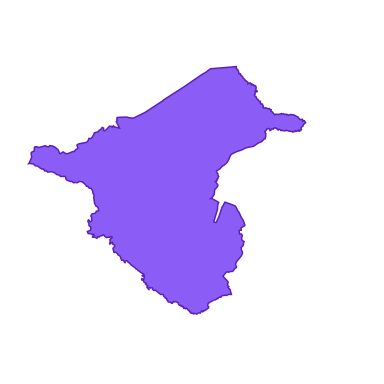 Mulanje, Mulanje, Malawi, rotated 63°
{"feature_id": "42251766B75579143939980", "entity_name": "Mulanje", "entity_type": "district", "adm_level": 2, "iso_a3": "MWI", "parent_name": "Malawi", "parent_adm1": "Mulanje", "projection": "mercator", "projection_center": [35.53, -15.905], "detail": "fine", "context": "isolated", "style": "filled", "palette": "violet", "viewbox_px": 384, "rotation_deg": 63, "n_neighbors": 0, "source": "geoboundaries", "source_scale": "gbopen_adm2", "svg_char_len": 5987}
<svg xmlns="http://www.w3.org/2000/svg" viewBox="0 0 384 384"><g transform="rotate(63 192 192)"><path d="M95.0,227.6L102.1,227.6L99.2,231.2L97.3,232.1L98.3,233.4L96.9,234.0L95.9,235.7L97.6,240.3L97.8,241.5L97.4,242.6L96.7,242.7L95.0,241.7L93.7,242.7L94.8,244.8L95.0,246.8L95.7,248.6L94.9,252.0L96.4,253.7L98.2,256.8L98.4,257.9L97.4,259.6L99.1,261.2L99.9,263.3L97.8,270.6L97.7,272.7L98.1,273.3L100.9,273.7L101.5,274.6L101.5,276.6L102.4,278.4L101.8,280.2L101.5,284.9L100.6,287.0L97.8,288.6L98.0,292.1L96.9,292.5L94.6,292.1L93.0,292.3L89.6,293.9L87.8,295.3L86.1,297.6L86.6,299.6L84.1,301.9L82.8,308.3L81.0,309.9L80.4,311.4L81.2,312.6L83.8,313.8L83.7,316.6L84.2,317.7L88.2,319.0L92.1,323.7L92.6,324.7L93.2,323.1L95.1,320.5L97.4,319.8L99.1,317.6L102.4,316.1L103.4,315.3L103.9,313.8L106.3,313.8L107.2,312.1L108.8,311.5L110.2,307.8L112.3,305.9L115.2,304.5L116.3,302.9L118.5,302.0L120.5,298.0L121.3,297.8L123.2,298.4L124.3,298.3L127.3,295.7L128.0,294.3L130.1,293.2L130.7,291.3L131.7,290.0L131.5,287.5L132.9,285.3L136.6,283.7L139.0,283.4L139.6,282.4L141.9,281.8L143.0,280.2L145.8,280.1L148.0,280.8L150.7,280.8L151.9,281.9L157.6,283.9L160.9,284.0L161.4,283.4L163.4,282.8L165.8,283.5L166.3,284.0L165.7,286.0L166.7,287.2L166.9,288.4L166.1,290.9L167.3,293.0L168.6,292.7L169.5,293.4L171.8,294.1L172.3,294.7L172.2,296.2L169.9,296.8L170.1,297.5L171.1,298.2L173.0,298.0L174.8,298.9L175.6,298.9L176.9,298.1L178.8,298.8L180.0,299.8L179.7,303.2L181.6,303.4L182.2,303.0L183.1,301.3L184.5,300.5L185.2,298.7L186.0,298.7L186.4,300.6L187.0,301.1L188.5,298.7L189.9,297.9L190.0,297.5L188.9,296.4L190.0,295.4L189.6,293.5L190.1,292.0L189.9,290.4L190.1,290.1L192.1,289.8L193.6,289.0L195.0,285.7L194.7,284.5L195.5,283.7L196.3,283.8L197.1,286.7L199.3,287.6L200.7,288.9L201.1,288.8L201.2,288.0L200.4,286.6L200.6,285.9L202.9,286.2L203.7,285.3L204.6,285.1L205.3,285.4L206.3,288.0L210.1,288.9L210.5,288.8L211.4,287.0L212.9,286.5L214.5,286.5L215.7,285.5L218.0,285.1L219.0,285.7L220.9,285.6L221.7,283.9L224.2,284.1L224.6,283.8L224.4,283.5L223.3,283.2L223.2,282.8L223.9,280.9L225.9,280.8L226.8,280.0L229.5,279.3L233.1,277.4L235.4,276.7L236.3,275.9L237.8,275.7L238.6,274.8L240.1,274.5L243.1,272.3L243.5,272.5L244.0,274.4L245.1,273.8L245.2,272.6L247.8,274.4L248.0,274.8L246.4,275.9L247.2,276.7L247.9,276.5L248.6,275.1L249.6,275.7L251.2,275.5L252.3,274.3L252.6,274.2L253.3,275.2L255.3,274.0L256.2,275.4L258.9,274.9L259.3,274.7L259.0,274.4L257.9,274.1L257.5,273.5L258.7,272.5L259.1,271.1L260.0,270.8L260.6,271.3L262.2,270.9L263.0,269.2L269.0,266.5L270.4,264.1L272.4,264.5L273.4,263.8L274.4,264.0L274.7,263.3L275.3,263.0L276.5,263.4L279.2,263.0L280.4,261.3L282.0,260.6L282.2,259.8L281.3,259.1L281.2,258.3L281.9,257.9L282.2,256.5L284.2,254.6L285.9,255.0L287.1,254.7L287.6,253.6L288.7,253.6L288.8,252.8L290.0,252.7L290.0,252.0L291.2,251.7L291.9,252.1L292.1,251.3L293.1,250.8L293.0,249.6L295.8,248.9L296.4,248.4L297.6,248.5L298.4,247.7L298.9,248.1L299.9,247.5L300.2,246.4L301.3,246.1L301.5,244.5L302.9,243.3L303.0,242.6L302.6,241.5L303.3,239.8L303.6,239.7L302.5,237.7L303.5,237.1L303.6,236.4L302.8,235.9L303.6,234.6L302.8,230.1L302.0,229.2L301.0,229.7L299.6,229.1L298.4,227.8L298.5,226.6L298.0,226.0L298.4,224.9L298.1,221.6L298.7,220.2L298.4,218.0L298.8,217.4L298.2,216.3L298.2,214.9L298.9,214.1L298.1,212.3L298.9,209.7L299.9,208.0L299.8,206.1L301.2,203.4L296.0,202.3L294.1,203.2L293.0,203.1L293.1,202.2L291.2,202.7L290.4,201.9L289.7,201.9L288.9,200.7L286.8,201.0L281.2,202.7L279.0,198.0L279.2,196.8L280.2,195.6L280.2,193.9L281.1,192.2L281.0,191.1L279.8,189.0L279.5,187.0L278.8,186.3L276.7,186.3L275.3,185.2L274.3,183.8L271.3,177.0L269.5,174.9L268.4,174.3L265.9,174.2L263.9,173.5L262.8,170.6L259.7,168.1L258.4,169.0L257.2,169.3L255.7,168.8L253.6,166.9L251.8,167.0L251.4,168.4L251.0,168.6L248.2,167.8L247.6,167.3L248.4,165.4L246.1,164.5L246.0,160.3L245.0,159.8L240.5,159.2L237.2,159.6L231.0,159.3L230.4,159.7L224.6,159.7L223.3,160.4L216.0,167.2L217.2,169.2L218.1,170.0L218.9,171.9L226.2,179.2L230.0,184.1L229.9,184.8L228.5,186.2L218.9,177.0L215.2,175.0L213.4,172.9L206.9,177.2L206.4,178.2L206.0,176.4L204.3,173.3L200.2,170.7L199.2,167.7L198.1,166.1L197.1,165.7L193.2,166.5L193.5,164.8L192.1,164.1L192.4,163.5L190.6,161.9L190.3,161.2L188.9,161.3L187.5,160.7L185.6,161.1L184.5,160.8L184.0,156.4L182.8,153.5L182.6,150.7L181.8,148.0L179.9,144.6L176.9,141.2L176.2,139.4L176.3,134.2L177.1,128.6L177.1,124.6L177.6,121.9L179.2,116.6L178.5,110.8L178.7,106.8L177.5,103.5L177.8,102.8L175.8,100.9L174.0,100.2L173.5,99.6L172.0,99.9L171.3,99.7L171.1,98.5L169.8,96.8L170.3,94.6L172.6,94.6L172.6,93.4L172.0,92.9L171.9,92.1L173.0,91.2L172.2,89.9L173.0,88.1L174.1,87.9L174.6,87.3L175.9,87.1L175.8,85.6L176.7,85.0L177.5,85.0L177.9,84.4L177.9,83.7L179.3,82.3L179.8,81.2L179.6,80.1L180.3,79.8L180.7,78.7L181.7,78.1L183.4,75.6L184.4,75.0L184.2,73.4L184.9,73.0L184.5,72.0L185.2,71.6L185.6,70.1L185.0,69.2L185.2,68.9L186.3,69.0L186.7,68.4L186.1,66.2L184.7,66.0L183.9,65.2L183.7,63.3L182.4,62.0L181.9,59.3L179.5,59.5L179.1,60.1L179.3,61.3L178.9,61.4L178.0,60.7L177.3,60.7L176.5,62.9L173.4,63.5L169.6,66.2L167.7,68.9L167.5,71.2L166.4,71.6L166.4,72.4L165.4,72.8L164.9,74.3L163.6,75.2L163.2,76.7L162.8,76.7L162.1,79.8L160.7,82.0L160.7,83.2L156.6,84.3L155.7,85.0L154.6,84.1L153.9,84.9L152.7,85.2L152.2,86.7L150.5,87.9L150.1,89.4L148.9,90.5L148.0,89.4L145.4,89.5L144.6,90.8L144.0,90.4L143.2,90.6L142.3,89.9L141.1,91.3L139.2,91.2L138.4,92.0L136.1,91.7L134.9,92.5L133.8,92.3L133.4,91.2L131.0,90.2L131.0,89.7L132.2,88.8L131.8,88.1L131.1,88.2L130.4,89.1L128.0,87.4L126.5,87.1L125.8,87.5L125.7,88.3L124.5,88.5L123.2,89.4L123.7,90.0L123.4,90.6L121.9,90.3L121.2,90.6L121.4,91.3L120.5,92.2L120.7,92.9L119.7,92.4L117.5,93.3L116.4,94.2L115.7,93.9L113.5,94.7L111.9,94.6L110.1,95.6L109.5,95.2L108.7,95.2L107.8,96.5L106.7,95.9L104.0,95.7L101.8,96.5L100.4,95.6L90.6,119.5L91.7,125.8L91.7,128.9L94.7,151.7L97.1,175.9L97.5,176.9L99.8,198.0L99.6,210.4L98.5,212.6L95.5,216.3L91.9,224.0L91.8,225.2L94.7,226.7L95.0,227.6Z" fill="#8b5cf6" stroke="#5b21b6" stroke-width="1.5"/></g></svg>